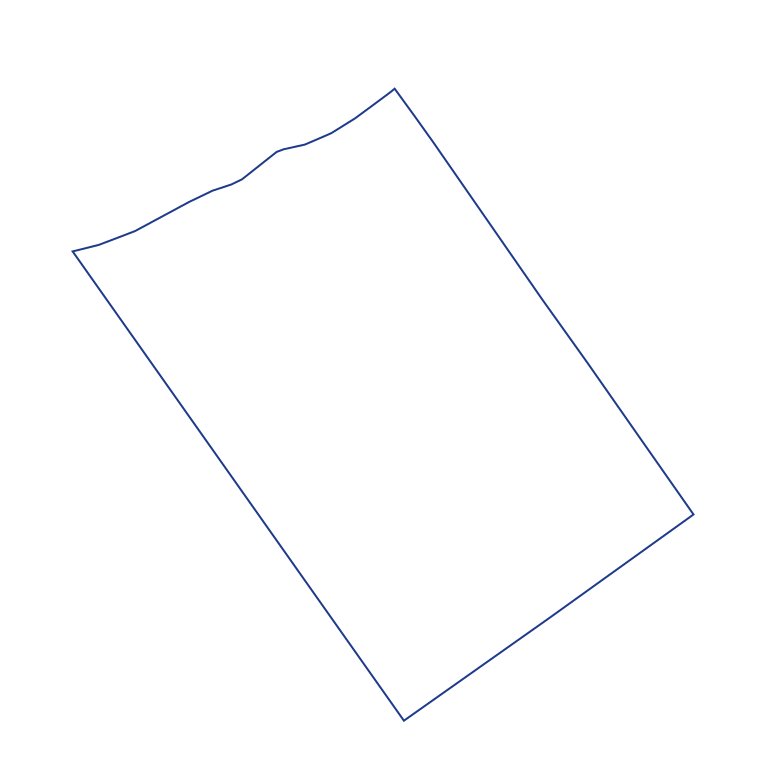 the district of Allegan, Michigan, United States of America, rotated 55°
{"feature_id": "52423323B90348068840522", "entity_name": "Allegan", "entity_type": "district", "adm_level": 2, "iso_a3": "USA", "parent_name": "United States of America", "parent_adm1": "Michigan", "projection": "equal_earth", "projection_center": [-86.049, 42.594], "detail": "fine", "context": "isolated", "style": "outline", "palette": "blue", "viewbox_px": 768, "rotation_deg": 55, "n_neighbors": 0, "source": "geoboundaries", "source_scale": "gbopen_adm2", "svg_char_len": 488}
<svg xmlns="http://www.w3.org/2000/svg" viewBox="0 0 768 768"><g transform="rotate(55 384 384)"><path d="M668.4,205.3L576.1,205.3L482.6,205.2L405.3,205.9L212.6,205.0L204.5,205.1L181.4,205.3L148.2,205.9L148.6,210.8L149.0,223.9L149.8,255.2L148.3,283.2L147.8,285.9L142.5,311.5L134.2,331.5L132.3,338.9L134.9,382.9L133.0,394.6L127.3,413.5L123.1,439.1L115.9,500.4L106.5,537.7L96.8,563.0L497.1,561.5L671.2,560.8L670.5,382.9L668.4,205.3Z" fill="none" stroke="#1e3a8a" stroke-width="2"/></g></svg>